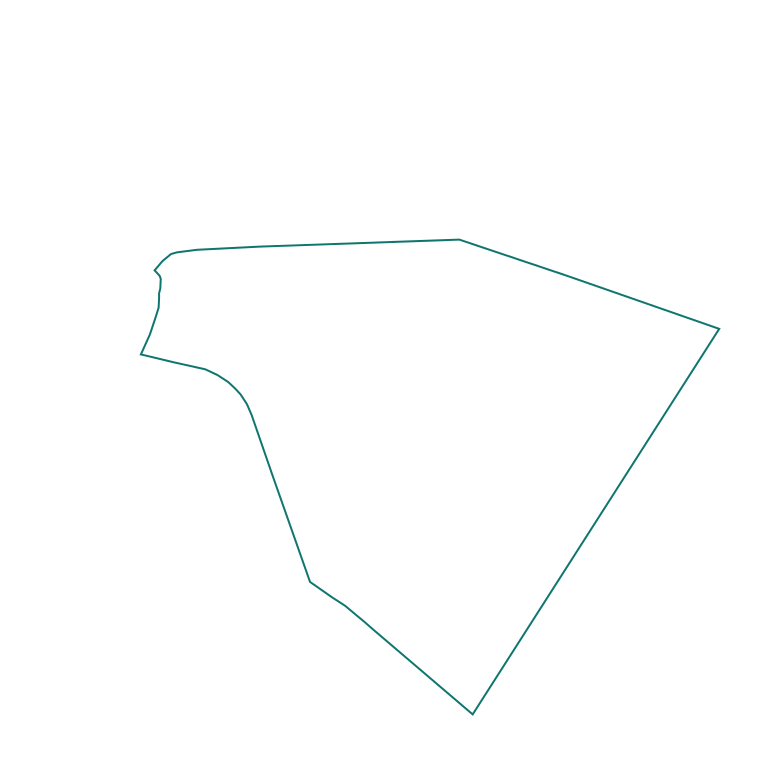 the district of Sebkha, Nouakchott, Mauritania, rotated 213°
{"feature_id": "47542326B41815213489591", "entity_name": "Sebkha", "entity_type": "district", "adm_level": 2, "iso_a3": "MRT", "parent_name": "Mauritania", "parent_adm1": "Nouakchott", "projection": "robinson", "projection_center": [-16.0, 18.075], "detail": "fine", "context": "isolated", "style": "outline", "palette": "teal", "viewbox_px": 768, "rotation_deg": 213, "n_neighbors": 0, "source": "geoboundaries", "source_scale": "gbopen_adm2", "svg_char_len": 586}
<svg xmlns="http://www.w3.org/2000/svg" viewBox="0 0 768 768"><g transform="rotate(213 384 384)"><path d="M638.3,354.4L631.0,352.5L628.5,350.6L623.6,342.2L622.0,337.5L619.5,333.7L614.6,325.3L612.2,316.8L607.3,298.0L604.0,276.4L572.1,287.7L541.8,299.0L528.7,300.8L515.7,300.8L505.8,299.0L498.5,297.1L487.9,292.4L478.0,285.8L427.3,246.3L338.2,177.7L311.2,176.8L295.7,176.8L280.1,174.9L272.0,174.0L258.9,172.1L129.7,155.2L132.9,612.8L289.9,574.3L399.5,546.1L563.1,431.5L613.8,394.8L629.3,381.7L633.4,377.0L636.7,366.6L638.3,354.4Z" fill="none" stroke="#0f766e" stroke-width="2"/></g></svg>